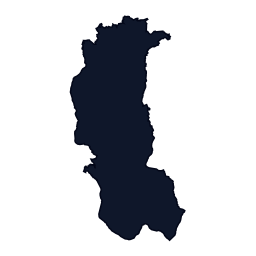 Novaci, Gorj, Romania (Equal Earth projection), rotated 181°
{"feature_id": "2599482B17328442784912", "entity_name": "Novaci", "entity_type": "district", "adm_level": 2, "iso_a3": "ROU", "parent_name": "Romania", "parent_adm1": "Gorj", "projection": "equal_earth", "projection_center": [23.644, 45.237], "detail": "fine", "context": "isolated", "style": "filled", "palette": "ink", "viewbox_px": 256, "rotation_deg": 181, "n_neighbors": 0, "source": "geoboundaries", "source_scale": "gbopen_adm2", "svg_char_len": 5885}
<svg xmlns="http://www.w3.org/2000/svg" viewBox="0 0 256 256"><g transform="rotate(181 128 128)"><path d="M131.3,239.3L133.3,239.6L133.6,238.8L134.5,238.6L134.7,237.0L134.2,236.5L134.9,236.1L135.2,235.5L135.0,235.2L135.6,234.7L135.0,234.0L135.3,233.6L134.4,232.7L135.3,232.9L135.6,232.5L137.4,232.5L137.5,232.2L139.1,232.1L139.4,230.9L140.5,230.4L140.9,228.6L141.4,229.3L141.9,230.9L143.1,230.6L144.9,231.5L144.8,230.8L145.4,229.9L145.3,229.0L146.7,228.4L149.3,229.1L149.8,227.9L151.5,228.9L152.9,227.3L153.9,228.2L154.4,227.9L155.8,229.1L156.4,230.4L155.9,230.8L156.3,231.8L157.7,231.3L159.0,229.1L157.6,228.6L157.4,228.2L159.4,228.4L160.5,227.4L161.5,227.0L160.7,226.0L161.1,225.7L160.1,224.3L159.8,224.5L159.3,223.8L158.7,221.6L160.7,220.8L160.3,219.8L160.7,219.3L159.3,216.7L160.7,215.4L160.4,214.1L160.5,214.4L162.0,214.0L161.7,213.4L162.5,212.7L161.7,211.2L163.5,211.1L166.3,213.5L167.0,213.8L168.3,215.3L170.3,215.1L170.3,214.7L174.0,214.7L173.6,212.7L174.5,213.3L174.8,212.4L174.4,212.0L175.3,211.0L174.6,210.3L174.4,208.4L174.8,208.1L174.3,207.4L175.3,207.0L175.3,206.7L175.2,206.2L174.3,205.7L174.0,204.4L174.1,202.6L173.7,201.8L174.1,200.9L173.7,200.3L173.5,199.1L172.6,198.0L172.6,197.4L172.1,196.5L172.3,192.4L170.8,191.3L171.1,190.4L170.9,189.2L171.5,188.2L174.3,186.3L175.4,184.6L175.8,183.3L177.2,181.2L179.8,179.1L182.7,177.6L182.8,177.0L183.4,176.6L183.6,175.8L183.5,174.9L184.6,172.2L184.9,169.4L185.6,167.6L185.9,165.8L185.7,164.8L186.0,164.4L186.2,162.9L184.2,156.9L184.1,154.7L182.6,152.0L182.2,149.9L181.5,148.2L181.8,147.3L180.6,146.4L179.7,144.4L179.6,143.7L180.4,142.8L180.9,141.2L180.2,139.2L178.3,135.6L177.6,135.1L177.7,134.3L178.8,132.1L178.6,131.2L179.0,130.4L178.9,129.6L179.3,128.9L178.9,127.6L179.0,127.0L179.8,124.9L181.0,123.7L181.1,121.5L180.6,116.6L180.8,114.1L180.2,112.6L178.2,111.1L175.9,110.7L172.2,111.3L171.6,111.7L171.1,110.7L167.9,110.3L167.1,109.8L165.9,109.0L166.1,108.8L166.0,107.9L165.1,106.3L163.1,104.6L163.4,104.6L163.7,103.3L162.4,102.6L162.3,101.8L161.9,101.4L158.5,99.8L159.7,96.6L160.5,96.7L161.6,96.4L161.7,96.0L164.5,96.2L163.2,93.7L162.7,93.7L161.1,91.7L160.4,90.2L160.1,87.8L160.5,87.9L160.6,89.2L161.9,90.7L162.6,90.7L161.9,90.3L161.9,90.0L163.0,90.2L163.0,90.7L164.3,90.9L164.1,90.5L164.5,90.4L165.3,90.7L166.4,89.9L166.5,89.0L167.1,89.1L167.0,88.6L167.7,88.2L167.7,87.7L168.7,87.9L169.3,89.0L169.9,88.9L170.7,87.9L170.7,86.3L171.6,83.8L169.7,82.9L169.8,83.8L169.4,84.2L167.2,84.3L166.7,83.7L166.3,82.6L164.8,81.7L163.6,79.8L163.2,80.1L162.0,77.9L161.1,77.8L159.9,76.6L159.6,76.8L159.2,76.4L158.4,75.2L158.0,75.4L157.6,74.1L154.2,67.7L153.8,66.7L153.7,65.3L154.7,62.0L154.6,60.1L153.9,57.3L153.0,55.9L152.7,55.0L153.1,54.2L152.8,53.6L155.6,41.5L155.3,38.7L154.7,37.7L149.8,34.0L149.3,33.2L148.0,32.6L147.3,30.7L146.1,29.6L144.9,27.5L143.5,26.5L142.5,25.1L138.2,22.5L135.4,21.3L133.2,19.4L128.9,17.1L126.5,16.9L125.2,16.4L123.5,16.7L120.1,18.1L118.7,20.6L117.8,21.4L116.2,22.1L115.3,23.1L114.7,25.1L112.9,28.5L112.3,31.1L110.6,31.6L109.8,32.5L108.1,32.5L106.0,31.3L104.8,28.5L102.6,26.8L97.4,25.6L95.8,26.2L94.5,25.7L93.6,25.8L93.3,25.3L90.8,23.6L89.9,22.3L89.4,21.1L87.4,18.8L85.4,17.5L84.5,16.5L79.3,21.7L78.6,24.0L78.8,25.3L78.3,26.2L78.0,28.6L75.6,33.5L74.8,34.4L74.4,35.2L73.8,36.9L73.1,41.3L72.2,42.2L71.4,44.3L70.2,45.0L69.8,46.4L72.0,47.7L72.7,47.5L73.1,47.9L74.5,48.1L75.7,49.2L75.9,50.1L76.9,50.7L77.1,51.4L76.9,52.0L77.6,52.6L77.7,55.0L78.4,55.9L78.1,56.9L78.5,57.9L79.2,58.6L79.3,59.2L80.3,60.2L80.8,61.6L80.6,62.5L81.4,63.5L81.3,64.8L82.1,66.4L81.5,67.8L81.2,69.5L81.8,72.2L81.8,73.1L82.3,74.3L82.0,75.4L82.7,76.2L83.8,76.5L84.4,77.5L85.6,78.2L86.3,79.1L86.5,80.0L89.2,80.4L89.7,81.0L90.3,83.5L90.9,83.9L90.8,85.0L91.6,85.8L91.8,86.6L93.9,85.8L96.8,85.9L98.8,87.4L106.8,88.6L108.0,89.4L109.1,89.6L109.3,90.6L109.8,90.7L110.0,91.2L109.6,92.2L109.5,93.5L108.4,95.5L108.1,96.9L107.4,97.9L107.3,99.1L106.1,100.7L104.5,102.0L103.6,103.5L103.4,105.6L103.1,106.0L103.1,106.5L103.3,108.0L103.8,108.5L104.2,110.5L104.0,113.0L103.3,115.1L101.5,118.5L102.3,119.8L103.6,120.8L103.6,122.1L103.3,123.1L103.9,124.3L103.7,125.0L102.7,125.7L102.6,126.1L103.1,127.3L103.9,128.3L104.2,130.4L104.5,130.5L105.1,129.8L105.8,130.3L105.9,131.7L106.5,133.2L106.1,134.0L106.7,135.3L107.2,135.6L108.0,135.5L107.7,137.7L107.2,138.7L108.6,140.8L107.5,141.6L107.3,142.3L108.6,144.7L108.7,145.9L108.3,146.8L107.3,146.5L106.7,146.7L106.6,147.7L107.5,148.4L108.7,148.1L108.8,149.4L109.8,151.7L113.4,150.2L113.3,151.6L114.9,154.6L114.5,157.9L114.0,158.9L113.6,161.0L114.0,162.2L113.7,162.4L113.8,162.8L113.0,163.4L113.1,164.2L111.1,169.1L111.1,171.0L111.8,173.8L110.6,175.1L110.4,175.7L111.1,177.7L110.8,180.9L111.0,181.9L110.7,182.3L110.7,184.5L111.2,185.8L112.2,186.2L112.0,187.3L112.3,189.3L111.6,189.9L111.8,190.4L111.4,190.5L111.8,190.8L111.4,191.7L111.0,192.1L111.3,192.9L112.1,193.3L112.7,194.9L112.1,195.0L112.0,195.3L112.2,197.6L111.8,197.7L111.8,197.9L112.0,200.5L110.5,201.2L111.1,201.8L109.4,203.4L110.4,204.8L109.2,206.4L109.5,206.7L106.2,209.2L103.9,210.2L103.6,210.2L103.5,209.7L102.8,209.8L101.3,210.8L99.2,211.5L99.4,212.0L98.3,213.3L99.5,214.9L96.0,217.9L94.8,218.2L94.5,218.0L93.1,219.1L92.5,219.1L91.4,218.8L90.9,218.0L89.6,217.0L89.3,217.5L88.4,217.5L87.7,217.9L88.3,219.8L86.7,220.0L89.5,221.1L89.3,221.7L88.5,221.9L88.6,222.5L90.0,221.8L90.3,222.4L91.8,222.6L91.7,223.0L92.2,223.4L93.2,223.6L93.5,224.5L94.6,224.7L94.8,225.4L102.0,224.6L102.7,224.7L102.6,225.1L103.6,225.0L105.7,222.6L106.8,221.9L109.0,222.9L109.1,223.6L110.0,224.7L110.6,225.0L111.5,224.7L111.3,229.8L111.5,230.3L111.3,230.9L111.5,231.6L111.0,232.5L112.1,233.8L112.5,234.7L111.9,235.9L110.2,236.9L110.8,237.7L114.3,236.3L117.7,236.2L117.6,235.5L120.5,235.4L120.9,235.8L119.9,237.1L120.2,237.8L121.8,237.5L124.4,236.1L126.3,237.5L128.5,238.3L128.7,239.3L130.1,239.6L131.0,238.9L131.3,239.3Z" fill="#0f172a" stroke="#020617" stroke-width="1.5"/></g></svg>